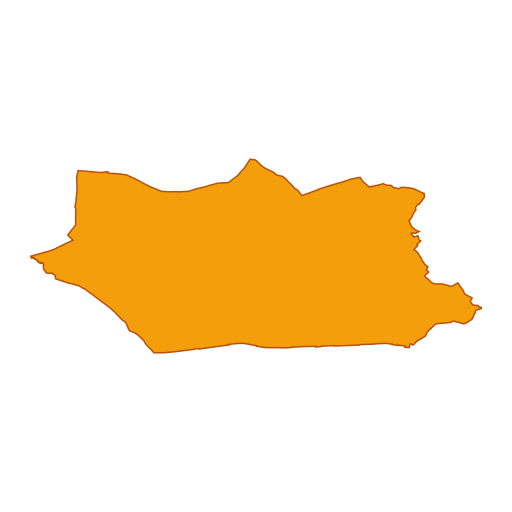 outline of Biķernieku pag., Daugavpils, Latvia
{"feature_id": "27541924B40947468766186", "entity_name": "Biķernieku pag.", "entity_type": "district", "adm_level": 2, "iso_a3": "LVA", "parent_name": "Latvia", "parent_adm1": "Daugavpils", "projection": "equal_earth", "projection_center": [26.875, 55.973], "detail": "fine", "context": "isolated", "style": "filled", "palette": "amber", "viewbox_px": 512, "rotation_deg": 0, "n_neighbors": 0, "source": "geoboundaries", "source_scale": "gbopen_adm2", "svg_char_len": 5768}
<svg xmlns="http://www.w3.org/2000/svg" viewBox="0 0 512 512"><path d="M30.7,256.3L31.3,257.0L31.2,257.5L31.2,257.8L31.3,257.9L31.8,257.7L31.6,258.1L32.0,258.3L32.3,258.1L32.2,257.6L32.4,257.5L32.6,257.6L32.8,257.7L33.0,258.0L33.5,257.8L33.9,257.7L34.3,257.8L34.5,258.0L34.4,258.3L34.2,258.5L34.6,258.7L34.6,259.0L35.7,259.6L36.6,259.7L36.8,260.1L37.1,260.5L37.1,260.8L37.5,260.9L37.7,260.7L38.1,260.8L38.2,261.1L37.9,261.5L38.2,262.1L38.6,262.5L39.2,262.5L39.9,262.3L40.2,262.6L39.8,262.9L40.0,263.2L40.3,263.3L40.5,263.1L40.9,262.7L41.6,262.5L42.0,262.7L41.9,263.3L42.1,263.4L42.7,263.3L43.6,264.0L43.4,266.3L43.4,267.5L43.7,269.5L43.9,269.8L45.4,271.3L45.6,271.4L45.6,271.5L45.6,271.8L45.7,272.3L45.9,272.6L47.2,273.2L47.6,273.3L48.2,273.4L49.2,273.2L51.0,273.3L52.2,273.2L52.5,273.3L52.8,273.4L52.8,273.7L52.8,273.9L52.9,274.1L53.7,274.7L54.2,274.7L54.4,274.8L54.9,275.4L55.1,275.7L55.2,275.9L55.2,276.2L55.3,277.2L55.5,277.5L55.6,278.7L55.6,278.8L66.9,282.6L67.6,282.8L68.6,283.2L69.3,283.4L70.1,283.5L70.9,283.6L72.6,284.0L78.6,285.7L79.5,286.0L82.9,288.2L86.1,289.8L88.9,292.0L90.9,293.4L99.5,300.0L103.5,302.9L110.6,308.3L112.0,309.7L113.1,310.7L114.7,312.0L116.1,313.6L116.7,314.3L122.2,320.0L125.3,322.0L126.4,323.9L128.3,328.3L128.3,328.8L129.1,329.9L129.6,330.9L133.2,332.2L136.2,333.7L138.3,335.3L143.9,340.8L145.4,343.5L147.1,345.6L149.3,347.8L152.4,351.0L152.6,351.0L153.0,351.3L153.6,352.8L163.5,352.8L168.2,352.3L175.4,351.7L192.7,349.5L196.4,348.8L198.7,348.5L198.9,349.1L201.6,348.7L202.8,348.5L207.1,347.9L211.1,347.3L215.4,346.7L218.6,346.3L227.1,345.1L229.2,345.0L229.0,344.3L237.2,343.5L242.7,343.4L245.4,343.6L256.8,345.8L256.6,346.2L259.9,346.8L263.5,347.3L265.5,347.6L275.1,347.7L277.8,347.6L282.9,347.9L285.4,347.8L291.8,347.5L291.8,347.2L300.7,346.7L315.6,346.3L315.5,347.0L321.0,346.6L321.1,346.2L334.3,345.6L334.3,346.0L350.8,345.4L359.6,345.0L359.6,344.6L369.2,344.3L370.2,344.3L379.8,343.6L385.3,343.4L391.7,344.0L391.6,344.5L393.2,344.6L393.8,344.9L398.7,345.4L398.7,345.1L400.1,345.3L403.0,345.8L405.3,346.1L405.0,347.3L406.5,347.6L407.1,347.3L409.2,347.6L409.8,344.7L410.1,344.0L410.2,343.8L411.0,343.9L411.9,344.6L413.4,344.9L416.4,341.6L417.0,341.1L418.2,340.4L418.5,340.2L419.5,339.4L419.8,339.6L421.2,338.7L421.6,338.4L422.9,337.6L424.4,336.7L425.0,336.3L425.2,336.2L425.6,335.7L425.9,335.2L426.4,334.1L426.8,333.1L427.5,331.9L427.8,331.5L428.5,330.6L428.7,330.3L429.4,329.8L429.8,329.5L430.3,329.1L430.6,328.9L430.6,328.7L430.8,328.5L431.4,328.0L432.0,327.4L433.0,326.5L433.8,325.7L434.3,325.2L435.1,324.6L435.4,324.3L435.6,324.1L436.2,323.8L451.0,322.5L451.6,321.7L454.0,321.2L464.0,323.9L466.3,322.9L467.3,322.3L468.2,321.8L468.9,321.3L470.2,320.4L471.2,319.8L471.8,319.4L472.0,318.9L472.5,318.1L472.9,317.5L473.3,316.9L473.3,316.3L473.6,315.6L473.9,314.9L474.4,314.4L474.4,314.2L474.5,313.9L474.6,313.7L474.6,313.4L474.6,313.2L475.2,312.9L475.4,312.7L475.4,312.2L475.3,311.8L475.2,311.6L475.5,310.7L477.3,309.8L477.8,309.6L481.2,308.6L481.3,307.8L481.2,307.5L481.2,307.3L479.4,307.2L478.1,305.5L474.3,305.2L473.1,305.0L471.4,303.3L471.2,302.7L470.6,301.8L470.2,301.1L472.3,298.0L472.5,298.0L469.5,296.6L465.6,294.5L464.9,294.1L463.9,292.6L463.8,291.9L463.4,290.8L463.3,290.7L461.4,288.0L461.4,287.9L461.2,287.7L460.4,286.6L457.9,282.9L454.2,285.0L451.5,286.5L448.9,285.7L447.1,285.3L446.7,285.1L444.1,284.4L441.5,283.9L435.7,284.0L432.7,283.3L430.5,281.6L429.1,280.1L428.3,279.3L424.6,276.2L425.4,275.0L426.6,273.8L428.6,272.3L428.5,271.5L428.1,271.5L426.4,269.9L427.9,266.8L424.8,264.4L422.1,260.2L421.7,259.3L421.0,257.6L420.4,257.1L417.7,252.7L416.4,251.3L413.9,249.8L416.8,246.4L417.8,245.6L416.9,244.4L420.1,241.8L420.6,240.7L419.2,240.2L418.0,235.8L413.9,237.0L411.1,233.4L412.9,232.8L415.4,233.4L419.2,231.5L415.9,230.2L413.0,227.9L411.9,226.9L410.4,224.1L409.7,222.3L409.1,220.9L408.9,220.4L410.5,219.2L411.4,217.7L413.9,212.7L414.8,211.4L416.0,209.7L415.3,207.8L417.5,204.7L417.9,204.4L418.2,204.6L419.5,204.2L419.6,203.7L424.4,197.3L424.4,195.7L424.2,194.9L424.1,193.4L422.5,192.9L414.0,188.8L410.4,188.1L407.2,187.6L401.4,187.3L401.0,187.5L399.0,188.6L398.9,188.6L398.7,188.6L393.3,187.5L391.2,185.4L387.0,185.2L386.6,185.2L383.0,183.6L381.8,184.1L381.1,184.3L380.2,184.6L378.9,184.9L378.6,184.9L378.4,185.0L377.9,185.2L376.9,185.4L376.4,185.4L376.2,185.4L375.3,185.7L374.4,185.9L373.3,186.1L371.3,186.4L370.3,186.7L369.9,186.9L369.5,187.1L367.6,185.6L362.0,180.5L361.7,179.9L360.1,177.3L354.5,178.4L351.2,179.0L343.8,181.6L338.3,183.1L330.8,185.3L321.1,188.4L318.7,189.2L318.5,189.5L307.0,193.8L301.7,195.6L298.4,191.1L298.1,190.7L296.4,189.3L295.9,189.0L294.8,188.6L294.0,187.5L292.4,185.7L290.4,183.7L290.1,183.3L289.9,183.2L288.4,181.8L286.4,179.5L285.9,179.0L282.6,176.4L277.0,175.1L275.3,174.0L275.4,173.8L273.7,172.4L272.1,171.6L270.6,170.9L268.1,169.7L265.4,168.4L265.2,168.3L263.1,167.0L261.3,165.4L260.9,165.1L259.6,163.9L258.2,162.4L255.5,160.0L250.0,159.2L249.2,160.7L244.7,167.5L243.5,169.0L240.0,172.7L238.1,175.2L235.2,177.4L232.6,179.4L228.7,182.4L228.5,182.5L217.7,183.2L216.3,183.6L213.4,184.4L212.7,184.6L212.3,184.6L208.7,185.6L205.8,186.6L203.0,187.3L199.6,188.0L195.3,189.1L193.7,189.7L188.3,191.3L179.4,191.8L175.5,191.7L169.5,191.8L161.8,191.4L157.2,189.6L155.4,188.8L152.4,187.7L145.3,184.3L135.3,178.9L126.3,174.8L118.0,173.8L107.6,173.1L107.8,171.8L106.1,171.8L103.5,172.3L102.5,172.4L101.3,172.5L95.8,172.2L93.0,171.8L78.1,170.6L76.5,177.8L76.9,181.1L77.0,190.2L76.8,192.0L76.6,193.7L76.5,195.2L76.4,196.8L76.0,199.4L76.0,201.3L74.9,207.1L75.7,208.4L75.9,209.4L75.7,212.5L75.6,225.0L67.8,235.0L71.0,238.3L73.0,240.2L67.2,242.9L66.9,243.0L62.0,245.4L58.3,247.2L54.7,249.1L48.5,251.3L45.7,252.0L35.4,254.9L31.2,256.1L30.7,256.3Z" fill="#f59e0b" stroke="#b45309" stroke-width="1.5"/></svg>